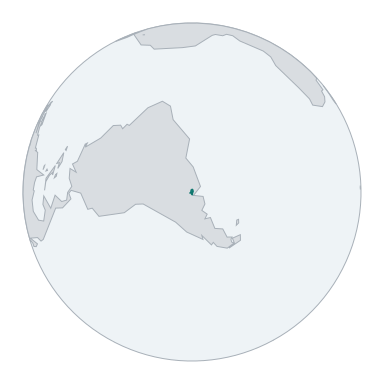 the Earth from above Río Negro, rotated 300°
{"feature_id": "URY-9", "entity_name": "Río Negro", "entity_type": "Department", "adm_level": 1, "iso_a3": "URY", "parent_name": "Uruguay", "parent_adm1": "", "projection": "orthographic", "projection_center": [-57.526, -32.894], "detail": "fine", "context": "on_globe", "style": "filled", "palette": "teal", "viewbox_px": 384, "rotation_deg": 300, "n_neighbors": 0, "source": "natural_earth", "source_scale": "10m", "svg_char_len": 4057}
<svg xmlns="http://www.w3.org/2000/svg" viewBox="0 0 384 384"><g transform="rotate(300 192 192)"><circle cx="192" cy="192" r="169" fill="#eef3f6" stroke="#a8b0b8"/><path d="M151.1,28.1L149.9,28.4L151.7,28.3L155.1,27.3L154.9,27.2L156.9,26.7L170.6,24.4L184.5,23.2L185.0,23.2L195.1,23.4L195.3,23.7L187.3,24.3L175.3,25.0L164.9,27.5L177.5,25.1L177.9,26.5L180.4,26.7L183.8,26.4L186.0,25.7L187.3,26.3L175.3,28.4L173.9,27.9L177.7,27.1L172.1,27.6L164.0,29.8L164.8,30.8L151.7,34.4L152.1,35.3L149.5,36.9L149.7,35.1L149.1,38.6L133.8,46.4L132.6,55.1L127.4,49.8L121.6,50.9L114.4,53.5L114.1,54.8L105.1,57.5L95.9,64.2L90.9,73.2L92.7,78.1L102.9,74.0L106.7,69.1L114.5,65.6L107.3,77.8L120.8,75.0L118.6,83.9L122.3,87.5L129.5,84.5L136.8,85.1L142.5,78.8L151.4,74.6L151.2,81.8L156.5,74.5L161.3,77.4L179.4,75.7L177.9,77.4L193.1,86.0L210.2,90.6L214.2,96.8L212.1,100.3L218.2,101.9L218.3,104.4L242.9,111.7L255.8,121.0L255.6,130.4L245.2,139.5L236.7,163.4L218.3,169.7L214.3,180.5L201.0,196.6L189.8,195.0L193.7,203.8L188.1,209.2L181.0,209.7L180.4,216.2L175.2,216.6L179.1,220.7L171.9,230.0L175.4,237.1L170.5,244.9L173.0,249.2L170.6,249.3L168.5,251.3L168.8,253.9L161.0,250.6L157.4,240.9L159.0,235.6L155.9,235.3L159.3,222.2L156.4,225.2L154.7,207.4L157.7,192.9L157.2,155.7L153.2,149.3L140.2,143.7L124.4,123.6L128.1,113.7L124.9,110.4L135.4,96.2L133.0,86.5L129.4,85.9L125.5,90.6L113.5,87.8L109.9,82.0L76.6,86.9L74.0,85.8L75.3,81.0L71.2,75.1L69.8,84.1L66.8,84.4L65.8,82.4L68.1,79.8L69.6,75.9L68.0,77.2L76.8,68.4L86.0,60.4L95.8,53.1L106.1,46.5L116.8,40.7L127.9,35.7L139.3,31.5L151.1,28.1ZM131.0,58.7L146.6,60.4L137.0,62.8L139.0,61.5L135.2,60.2L127.9,60.2L119.7,63.5L131.0,58.7ZM139.6,51.6L136.8,51.8L139.6,51.2L139.6,51.6ZM174.4,258.1L161.9,252.1L168.7,254.6L172.2,250.1L179.2,255.2L174.4,258.1ZM185.3,247.0L190.1,244.8L191.6,246.0L188.6,247.9L185.3,247.0ZM302.0,63.7L303.5,65.5L300.0,63.1L293.4,58.4L284.0,50.4L288.5,53.3L302.0,63.7ZM355.7,233.9L352.9,243.0L350.9,243.5L346.0,254.3L344.2,253.7L340.8,259.2L336.5,262.1L331.2,262.3L327.6,253.1L331.4,247.2L335.6,232.4L343.3,201.4L348.4,192.6L349.7,183.2L346.7,157.9L347.7,149.1L345.8,143.0L342.7,140.5L340.1,133.5L337.8,131.2L320.2,121.9L312.3,111.6L296.8,87.8L298.2,82.5L293.9,74.4L299.4,62.8L305.6,67.6L311.4,72.4L319.9,81.6L327.7,91.3L334.8,101.7L341.1,112.5L346.5,123.7L351.2,135.3L354.9,147.3L357.8,159.5L359.7,171.8L360.8,184.3L360.9,196.8L360.1,209.3L358.3,221.7L355.7,233.9ZM303.4,70.7L304.7,72.7L303.4,70.7ZM180.0,75.6L182.1,76.9L179.2,77.1L180.0,75.6ZM135.4,65.7L138.8,65.1L140.5,65.7L137.8,66.6L135.4,65.7ZM165.4,61.1L169.5,61.3L165.0,62.2L165.4,61.1ZM149.1,60.6L162.0,61.3L153.4,64.2L145.3,64.0L151.1,62.5L149.1,60.6ZM137.2,55.0L139.3,55.0L138.4,56.1L137.2,55.0ZM141.6,51.1L140.8,51.4L139.9,50.8L141.6,51.1ZM178.6,26.4L179.6,26.3L182.9,26.2L181.1,26.5L178.6,26.4ZM199.3,25.1L201.0,26.0L198.5,25.4L196.3,25.8L188.3,25.3L195.0,23.8L193.4,24.4L199.3,25.1ZM179.4,24.8L183.7,24.9L178.7,24.8L179.4,24.8ZM281.8,334.5L278.3,336.6L280.0,335.4L281.8,334.5ZM342.4,268.9L340.2,272.8L342.0,268.6L345.8,261.2L349.8,252.3L342.4,268.9ZM104.3,336.4L104.4,336.5L104.5,336.5L104.3,336.4Z" fill="#d9dde1" stroke="#a8b0b8" stroke-width="1"/><path d="M189.9,193.6L189.8,193.4L190.0,193.2L189.9,192.9L190.0,192.7L190.3,192.7L190.5,192.6L190.6,192.4L190.7,192.2L190.6,191.9L190.5,191.7L190.5,191.4L190.4,191.1L190.3,190.8L190.5,190.8L190.8,191.0L191.0,191.1L191.3,191.2L191.9,190.9L192.0,190.8L192.1,190.7L192.3,190.7L192.5,190.6L192.8,190.5L193.1,190.5L193.2,190.4L193.3,190.5L193.5,190.6L193.8,190.6L194.0,190.6L194.3,190.8L194.4,191.0L194.3,191.3L194.2,191.4L194.2,191.5L194.1,191.8L193.9,191.9L193.8,192.0L193.7,192.1L193.6,192.3L193.6,192.2L193.5,192.3L193.4,192.3L193.2,192.4L192.9,192.4L192.9,192.5L193.0,192.5L192.9,192.7L192.8,192.8L192.7,192.8L192.7,192.7L192.4,192.5L192.2,192.6L192.2,192.4L191.9,192.4L191.8,192.5L191.7,192.6L191.4,192.5L191.2,192.4L191.1,192.5L190.9,192.6L190.7,192.7L190.7,192.8L190.8,192.9L190.8,193.0L190.7,193.0L190.4,193.2L190.2,193.3L189.9,193.6L189.9,193.6Z" fill="#14b8a6" stroke="#0f766e" stroke-width="1.5"/></g></svg>